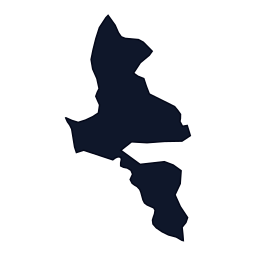 an SVG outline of Babək
{"feature_id": "AZE-2420", "entity_name": "Babək", "entity_type": "District", "adm_level": 1, "iso_a3": "AZE", "parent_name": "Azerbaijan", "parent_adm1": "", "projection": "mercator", "projection_center": [45.36, 39.281], "detail": "fine", "context": "isolated", "style": "filled", "palette": "ink", "viewbox_px": 256, "rotation_deg": 0, "n_neighbors": 0, "source": "natural_earth", "source_scale": "10m", "svg_char_len": 1293}
<svg xmlns="http://www.w3.org/2000/svg" viewBox="0 0 256 256"><path d="M108.1,15.4L115.1,25.2L118.4,32.7L121.2,36.8L125.2,38.4L138.5,39.6L143.3,42.2L152.2,51.2L149.3,55.2L140.3,62.7L133.5,73.1L137.8,76.2L143.8,78.6L146.3,86.2L149.3,94.0L161.8,100.2L174.6,106.6L177.8,110.5L180.5,114.3L180.4,118.5L179.9,121.4L182.5,126.3L187.2,125.5L190.3,135.6L182.0,141.1L164.6,141.4L147.0,142.7L131.5,141.8L120.8,150.3L140.1,164.4L164.4,161.7L173.2,165.0L181.1,170.7L180.2,183.7L175.0,194.8L180.3,206.6L187.6,217.6L185.9,222.5L182.1,227.2L182.9,235.0L183.3,240.6L182.0,240.3L176.3,237.0L171.9,235.8L168.5,234.9L162.2,231.8L156.3,227.8L153.0,224.0L152.5,220.1L153.4,217.1L154.5,214.0L155.1,210.3L153.8,207.9L147.1,204.9L144.5,202.9L143.0,199.9L140.9,192.2L139.7,189.3L137.1,186.5L134.5,185.0L132.1,183.2L130.2,179.5L132.6,174.2L131.0,170.3L127.3,168.0L123.4,167.2L120.7,165.9L120.7,162.8L121.4,159.4L120.7,157.2L118.0,156.8L115.5,157.8L113.6,159.2L112.8,159.8L83.7,150.2L76.4,152.5L74.6,147.0L71.7,129.0L69.8,125.1L67.4,121.7L65.7,117.9L65.9,117.8L72.0,120.5L78.2,122.4L85.5,120.1L92.7,116.7L98.4,113.0L99.6,104.9L97.6,100.5L95.8,96.3L97.3,92.2L99.1,88.6L96.9,78.5L92.7,69.0L91.1,59.5L93.1,49.7L95.9,38.5L99.4,27.6L105.9,17.7L108.1,15.4L108.1,15.4Z" fill="#0f172a" stroke="#020617" stroke-width="1.5"/></svg>